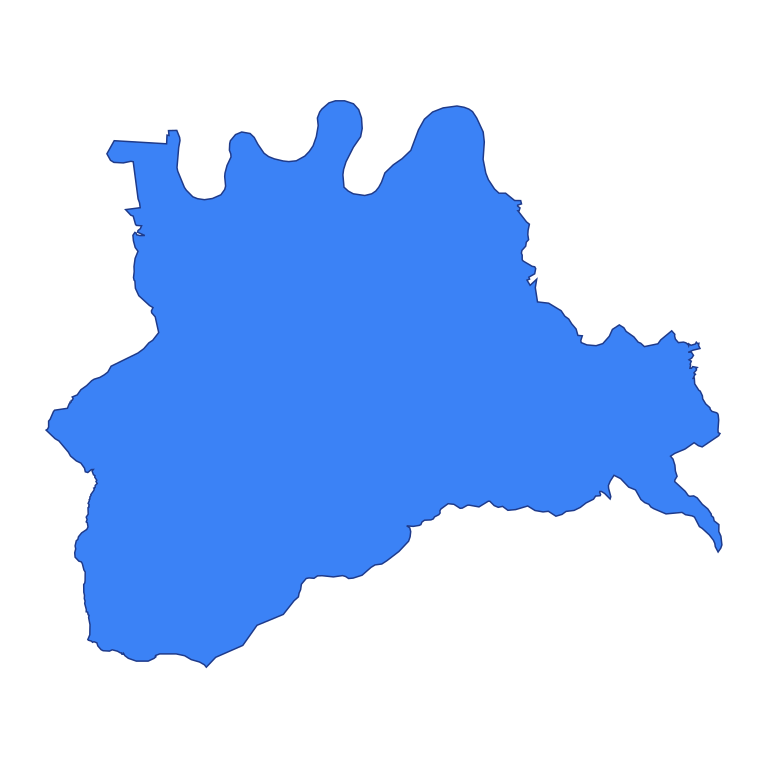 the district of Dobra, Hunedoara, Romania
{"feature_id": "2599482B49682710241198", "entity_name": "Dobra", "entity_type": "district", "adm_level": 2, "iso_a3": "ROU", "parent_name": "Romania", "parent_adm1": "Hunedoara", "projection": "equal_earth", "projection_center": [22.59, 45.878], "detail": "fine", "context": "isolated", "style": "filled", "palette": "blue", "viewbox_px": 768, "rotation_deg": 0, "n_neighbors": 0, "source": "geoboundaries", "source_scale": "gbopen_adm2", "svg_char_len": 6033}
<svg xmlns="http://www.w3.org/2000/svg" viewBox="0 0 768 768"><path d="M555.9,516.2L562.0,514.4L566.1,511.4L574.1,510.4L580.3,507.4L586.1,502.9L593.5,499.2L595.6,496.1L600.1,495.7L600.6,494.7L599.6,492.1L599.9,491.4L601.5,491.5L604.7,493.5L610.1,499.0L610.8,496.7L608.6,488.4L608.4,485.5L610.2,481.2L614.0,475.3L620.6,478.6L628.7,487.1L635.5,489.9L640.9,499.5L644.7,502.6L648.9,504.3L650.9,507.0L653.8,508.7L666.0,513.9L682.0,512.4L685.5,514.7L692.2,515.9L694.5,517.1L699.4,526.6L702.1,528.3L709.3,534.9L713.4,540.2L714.8,543.4L715.3,546.7L718.1,552.0L720.8,548.1L721.9,544.9L720.9,536.2L718.8,531.5L718.9,524.6L714.2,520.9L713.4,517.4L711.4,515.7L711.2,514.0L707.8,508.9L702.3,504.3L697.2,497.9L693.7,495.9L689.7,496.3L688.2,495.5L685.2,491.3L674.7,481.6L674.9,479.9L677.1,476.3L675.4,471.1L674.9,465.2L673.0,459.1L670.5,456.2L674.7,453.4L685.1,449.0L694.1,442.7L698.4,445.7L702.2,446.9L718.7,435.7L720.0,433.5L718.2,432.6L718.0,429.8L718.7,420.0L718.2,415.0L717.6,413.5L716.4,412.7L712.0,411.4L710.3,409.5L709.9,407.7L705.7,403.9L702.7,398.9L702.4,395.8L700.2,391.1L698.8,390.2L694.7,383.8L694.3,378.1L693.2,378.3L694.8,374.8L696.0,374.0L694.5,374.2L694.0,372.8L696.5,369.9L696.1,368.5L697.2,367.5L692.7,366.6L691.5,368.2L689.9,368.3L690.6,364.8L690.1,364.2L691.3,361.2L689.0,359.8L691.7,358.1L693.5,355.4L691.3,352.1L688.2,352.3L693.0,350.2L700.0,348.5L698.6,345.6L698.9,343.3L697.6,343.6L696.3,342.2L695.3,344.0L691.0,345.3L689.1,344.1L688.7,345.7L688.0,343.8L687.6,344.2L685.9,342.8L683.5,342.1L678.4,342.6L675.4,339.1L674.6,336.0L674.8,334.3L671.7,330.8L660.7,339.9L657.9,343.8L644.4,346.6L640.7,343.2L638.2,342.2L633.9,336.9L626.1,331.4L623.9,327.8L619.3,324.9L612.4,329.4L609.3,336.3L602.8,343.6L596.1,345.7L586.9,344.9L581.2,342.6L580.8,340.5L582.3,335.8L577.9,335.4L576.1,329.0L571.6,323.7L568.7,319.0L564.8,316.2L561.2,310.8L548.7,303.2L537.5,301.9L535.3,287.7L536.7,279.2L530.1,285.3L527.0,280.1L529.6,279.1L528.8,277.2L534.7,273.8L535.7,268.6L534.7,266.8L532.1,266.3L523.3,261.1L522.2,259.8L522.2,255.1L521.4,253.2L521.9,250.4L525.7,246.2L526.3,242.2L528.6,239.7L527.8,234.6L528.1,230.2L529.4,224.2L526.5,221.9L517.9,210.8L519.1,210.8L520.0,207.9L517.6,206.1L517.6,205.2L521.5,203.9L520.7,200.6L514.6,200.5L505.6,193.2L499.0,193.2L494.5,189.0L488.4,179.7L485.8,173.1L483.1,159.3L484.3,142.0L483.2,132.0L476.7,118.0L472.5,111.6L468.9,109.1L464.2,107.3L457.0,106.0L443.1,107.9L432.6,112.0L424.4,119.2L418.5,129.8L410.8,150.4L402.1,158.7L393.2,164.9L384.9,172.9L381.5,182.2L378.8,187.2L375.7,191.1L371.7,193.8L364.8,195.5L353.3,193.8L348.3,191.1L344.0,187.2L342.9,174.9L343.6,169.5L346.0,161.8L353.4,147.2L360.6,136.8L362.2,128.5L361.5,118.0L358.7,109.6L353.5,103.8L344.6,100.8L335.4,100.8L328.9,102.9L321.8,109.1L319.7,112.0L317.4,118.0L318.2,125.7L316.3,136.7L313.1,145.8L309.3,151.4L304.8,156.1L296.3,160.8L288.8,161.6L283.3,161.0L274.4,158.9L268.6,156.6L264.0,153.2L257.9,144.3L254.2,137.4L250.1,133.5L241.7,132.0L235.5,134.6L230.4,140.7L229.7,143.6L229.4,150.2L230.8,154.0L231.0,157.0L227.0,165.5L225.0,173.1L224.7,176.6L225.6,186.1L224.7,189.5L220.9,194.8L212.4,198.5L204.5,199.7L197.6,198.7L192.8,196.8L186.4,190.3L184.4,187.4L177.7,171.1L177.0,167.6L178.7,147.5L180.0,140.5L179.6,137.4L176.8,130.4L168.5,130.6L169.0,135.5L167.0,135.1L166.6,143.8L114.2,140.7L106.9,153.8L110.5,160.3L113.9,162.4L123.3,162.9L130.9,161.3L133.2,161.7L138.1,198.9L139.5,202.7L140.2,207.7L125.6,209.6L130.8,215.2L133.2,216.1L135.5,224.3L136.4,225.4L141.6,225.8L140.3,228.7L138.0,230.5L137.6,232.2L144.8,235.5L139.9,235.6L136.7,234.8L136.1,233.1L134.9,232.4L132.9,235.3L133.4,240.7L135.2,247.5L138.0,251.3L135.1,258.4L134.0,266.5L134.2,271.6L133.5,277.6L134.1,280.2L134.9,281.0L135.4,288.3L138.8,295.7L149.5,305.5L153.0,307.6L151.4,310.9L151.7,312.8L155.2,316.8L158.7,332.6L152.7,340.3L148.9,342.8L143.8,348.7L138.0,353.0L111.1,366.2L107.8,372.1L104.3,374.8L99.9,377.4L94.1,379.2L91.7,380.7L86.7,385.6L80.9,389.7L77.2,394.9L72.2,397.0L73.1,398.4L72.4,400.1L71.2,400.5L71.2,401.9L69.9,402.2L69.9,403.5L69.2,403.8L67.4,408.3L54.6,410.2L53.5,411.5L50.1,419.3L48.6,421.1L48.6,427.1L47.5,429.2L46.1,430.1L55.1,438.7L58.9,440.9L68.4,452.2L70.5,456.0L76.3,460.9L80.9,463.1L84.5,468.2L85.3,471.8L87.8,472.5L91.3,469.6L93.3,469.5L92.1,471.1L93.5,474.8L94.9,475.6L94.8,477.3L96.8,480.2L96.0,481.5L97.2,483.5L95.2,485.4L95.1,487.4L93.8,488.1L94.3,488.7L93.8,490.4L90.8,494.6L91.0,495.5L90.0,496.7L89.8,499.2L89.2,499.6L89.3,500.8L88.1,503.4L89.2,504.9L88.7,506.1L89.0,506.9L88.0,507.7L88.2,514.2L86.2,517.1L87.1,519.6L86.2,521.9L87.3,522.7L88.0,527.0L86.8,529.4L81.6,532.9L78.5,536.7L77.8,539.5L76.3,540.7L75.1,545.9L75.7,548.9L74.7,552.8L75.1,557.2L78.8,561.1L81.3,561.9L82.3,563.6L83.9,569.9L85.2,572.0L85.1,580.6L84.8,582.9L83.7,584.5L83.8,592.3L84.5,595.3L84.3,598.7L85.1,601.0L84.7,603.5L86.3,609.5L86.2,611.8L87.6,612.1L88.1,614.7L89.0,615.3L88.6,617.6L90.0,624.7L89.8,634.8L87.8,639.6L88.4,640.2L91.6,641.2L92.5,642.3L94.0,641.7L96.9,642.9L97.8,645.9L101.1,649.7L103.1,650.7L109.5,651.1L112.2,649.8L117.5,651.2L120.6,653.0L121.7,652.9L121.8,654.1L123.3,654.3L123.6,653.5L124.8,655.6L128.3,658.3L136.3,661.1L148.2,661.1L154.0,658.4L155.9,656.8L155.3,656.2L155.6,655.5L159.7,653.9L176.1,653.9L184.6,655.7L191.2,659.6L199.5,662.0L204.4,664.8L206.3,667.2L215.7,657.3L242.8,645.4L257.0,625.3L283.3,614.4L294.1,600.7L298.4,596.9L299.1,593.1L300.6,589.7L301.4,584.2L306.2,578.5L309.0,577.9L314.0,578.3L317.5,575.9L322.1,575.7L333.4,576.9L342.5,575.6L345.6,576.5L348.6,578.5L353.1,578.1L362.1,575.2L371.1,567.3L375.1,564.9L381.8,564.0L386.6,560.9L398.9,551.5L408.6,541.2L410.1,536.8L410.7,531.6L409.8,527.9L406.7,525.8L413.2,526.4L419.2,525.4L420.9,524.6L421.9,522.1L424.5,520.2L430.9,519.9L433.3,518.9L434.5,516.9L438.8,514.7L440.1,513.0L439.9,510.8L440.9,509.0L448.1,503.7L453.9,504.3L460.1,508.3L462.3,508.1L467.3,505.3L469.0,505.1L479.0,506.9L488.3,501.2L489.9,501.3L494.2,505.6L498.2,507.3L502.6,506.4L507.9,510.3L515.6,509.6L527.7,506.0L535.0,510.5L543.0,511.9L548.4,511.3L555.9,516.2Z" fill="#3b82f6" stroke="#1e3a8a" stroke-width="1.5"/></svg>